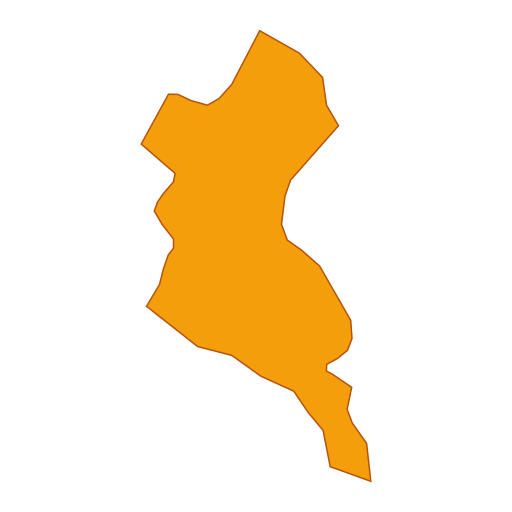 SVG path tracing the border of Zrece, rotated 180°
{"feature_id": "SVN-1007", "entity_name": "Zrece", "entity_type": "Municipality", "adm_level": 1, "iso_a3": "SVN", "parent_name": "Slovenia", "parent_adm1": "", "projection": "orthographic", "projection_center": [15.368, 46.408], "detail": "fine", "context": "isolated", "style": "filled", "palette": "amber", "viewbox_px": 512, "rotation_deg": 180, "n_neighbors": 0, "source": "natural_earth", "source_scale": "10m", "svg_char_len": 765}
<svg xmlns="http://www.w3.org/2000/svg" viewBox="0 0 512 512"><g transform="rotate(180 256 256)"><path d="M173.5,386.3L221.4,332.0L227.0,316.0L230.5,287.7L224.7,271.9L210.4,261.8L192.4,246.0L161.3,191.7L160.0,173.5L164.5,161.7L174.3,153.7L185.3,147.6L185.6,141.0L179.8,137.9L160.3,124.7L164.9,102.6L159.7,88.9L145.4,68.6L141.2,30.7L181.8,45.3L188.9,81.6L203.9,99.6L218.2,120.8L251.0,135.7L280.2,156.6L314.3,165.4L365.5,205.7L352.5,227.5L348.6,243.0L343.7,257.2L338.5,263.8L338.5,273.0L349.6,287.2L357.7,300.9L354.5,309.9L349.0,318.0L338.6,330.1L336.9,338.6L370.8,367.9L343.5,417.8L334.1,417.6L320.9,411.4L304.7,406.8L293.0,413.4L280.3,427.5L252.3,481.3L212.6,458.8L189.4,434.5L185.5,406.8L173.5,386.3Z" fill="#f59e0b" stroke="#b45309" stroke-width="1.5"/></g></svg>